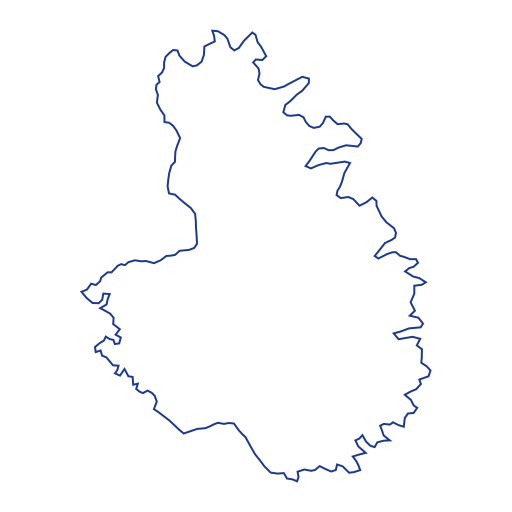 outline of Pato Branco, Paraná, Brazil
{"feature_id": "56859067B2148871649171", "entity_name": "Pato Branco", "entity_type": "district", "adm_level": 2, "iso_a3": "BRA", "parent_name": "Brazil", "parent_adm1": "Paraná", "projection": "robinson", "projection_center": [-52.664, -26.152], "detail": "fine", "context": "isolated", "style": "outline", "palette": "blue", "viewbox_px": 512, "rotation_deg": 0, "n_neighbors": 0, "source": "geoboundaries", "source_scale": "gbopen_adm2", "svg_char_len": 3952}
<svg xmlns="http://www.w3.org/2000/svg" viewBox="0 0 512 512"><path d="M101.3,277.5L100.0,281.4L95.9,285.0L91.2,283.7L86.9,289.6L81.5,291.8L86.5,297.9L92.6,303.0L98.6,303.2L102.2,299.8L103.3,293.6L109.7,294.1L107.8,298.7L106.5,304.5L100.2,308.2L104.1,310.2L110.1,313.6L113.6,317.7L113.2,324.1L119.8,329.2L115.6,334.7L120.8,337.5L119.2,343.4L114.8,344.0L113.4,339.9L109.5,339.0L105.8,336.6L103.9,340.6L100.0,342.9L95.0,347.0L95.7,352.1L100.6,350.5L102.1,355.6L106.4,357.4L113.0,365.3L118.5,365.7L117.3,370.1L115.0,373.3L120.0,375.6L124.5,369.0L128.4,376.3L132.6,376.9L133.2,384.7L137.8,383.7L136.2,388.9L139.5,391.6L142.9,393.1L147.6,390.6L151.7,392.8L154.7,395.8L156.8,401.6L153.9,409.1L158.1,411.9L169.4,420.5L179.5,430.0L183.7,433.5L197.2,428.9L205.4,428.2L210.4,426.1L214.3,424.1L218.0,422.8L224.0,423.9L228.7,423.0L233.9,423.5L238.8,430.3L242.4,434.3L245.5,437.1L248.3,442.3L250.6,446.5L255.1,454.3L260.4,460.9L264.2,466.1L270.7,472.6L277.5,473.6L283.8,473.1L287.0,478.5L292.6,479.4L297.1,481.3L298.5,476.9L297.6,471.7L304.3,469.5L311.2,470.8L315.0,470.0L319.7,466.1L324.5,468.6L331.2,471.5L335.8,470.0L337.1,464.5L342.6,466.3L349.1,472.7L353.6,472.2L360.2,470.1L358.5,465.6L356.4,461.3L352.8,456.5L360.0,454.3L365.7,452.9L358.3,446.4L355.4,440.4L359.3,438.6L362.4,435.2L366.2,441.8L370.4,445.8L374.6,447.1L377.4,442.3L383.6,440.7L389.8,440.4L383.7,435.5L381.8,430.0L380.2,425.7L383.9,423.9L389.9,424.6L393.0,422.3L398.7,425.2L403.8,426.7L404.8,418.0L407.9,413.5L413.6,413.0L417.2,407.8L413.7,405.5L410.9,399.9L404.8,394.8L410.5,391.6L416.2,389.2L420.9,384.0L419.3,379.6L423.8,378.0L428.5,376.3L430.5,370.5L426.7,366.3L421.3,362.8L421.8,357.0L421.9,349.2L416.8,345.4L420.2,338.8L412.5,336.8L398.6,339.2L393.7,333.4L400.7,331.5L409.0,328.4L420.7,327.3L423.0,323.6L418.4,317.7L409.8,315.7L414.9,310.7L410.6,302.3L414.3,293.7L414.3,285.7L421.7,284.8L425.8,282.3L419.3,278.1L413.1,276.5L405.1,271.4L409.2,268.1L413.7,266.7L418.0,262.8L416.0,259.1L410.2,259.2L404.1,256.9L400.1,255.8L395.9,252.2L392.3,252.3L387.3,254.0L378.4,258.5L374.7,256.0L380.5,248.8L385.0,243.0L391.6,239.9L395.0,237.6L396.0,233.1L394.1,228.3L386.6,222.5L381.6,216.5L379.1,211.1L376.6,205.9L376.4,200.9L372.3,197.5L366.5,202.2L359.5,205.7L353.2,199.0L348.2,197.0L340.7,198.1L336.6,195.1L337.5,190.6L339.8,187.1L342.0,181.6L344.4,173.0L350.0,163.0L344.7,161.6L330.4,163.8L326.4,163.0L318.5,165.1L310.9,168.4L305.6,166.1L309.3,161.2L315.6,151.6L318.6,148.6L323.9,148.0L328.6,150.2L333.5,150.1L338.5,147.6L346.1,145.3L353.1,146.0L357.7,146.6L360.7,143.2L361.7,138.9L357.9,135.3L351.5,129.0L347.8,124.4L344.2,123.5L337.6,124.2L333.2,120.4L329.9,116.7L325.8,116.7L322.9,123.1L319.7,126.7L313.8,127.9L309.3,126.0L305.8,121.9L303.5,117.3L299.1,114.9L290.7,115.8L287.0,115.3L283.3,112.2L285.4,104.9L290.1,101.3L296.7,94.7L302.3,90.7L308.8,83.1L308.9,78.6L302.3,76.8L294.8,80.7L287.3,84.6L284.1,86.5L274.7,89.2L268.7,87.9L263.9,86.9L260.5,84.3L258.0,80.0L259.5,73.6L258.5,68.4L253.2,62.5L255.8,59.5L262.3,60.0L266.2,56.2L261.1,46.8L257.6,42.1L255.5,34.8L252.3,32.5L247.9,36.9L244.0,40.7L238.8,48.0L234.3,50.4L230.4,47.3L227.5,38.9L224.5,35.2L217.9,31.2L212.3,30.7L214.1,35.9L214.8,41.4L211.0,43.2L204.4,46.5L203.9,54.9L201.6,61.6L196.9,65.4L192.6,66.3L184.7,61.6L179.4,55.6L177.5,50.5L173.1,50.0L169.5,52.9L165.6,56.8L164.1,62.5L164.1,67.9L162.1,72.4L158.1,76.1L159.6,82.0L156.5,84.7L155.9,89.2L157.9,94.9L156.9,102.7L160.4,109.7L164.4,115.4L164.5,122.1L169.0,122.7L172.9,125.6L176.3,130.3L180.1,138.0L177.0,146.3L175.4,151.5L175.1,156.9L175.0,161.8L171.3,165.7L169.2,173.2L168.2,180.3L167.6,186.3L169.0,193.4L175.1,194.7L179.7,199.0L185.5,203.8L190.8,208.0L195.1,213.8L195.8,221.0L196.0,227.8L196.6,235.4L197.0,243.9L194.1,248.0L189.0,249.9L179.6,250.8L175.2,254.8L171.3,255.6L166.3,256.0L160.6,260.3L154.0,263.2L146.1,261.0L141.2,261.3L135.0,260.3L128.5,262.1L125.0,265.1L121.0,264.2L117.7,265.8L111.6,272.3L107.6,272.3L101.3,277.5Z" fill="none" stroke="#1e3a8a" stroke-width="2"/></svg>